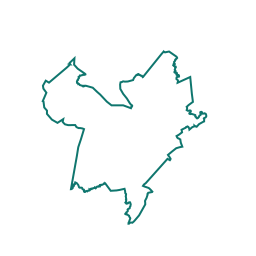 the district of San Luis Acatlán, Guerrero, Mexico, rotated 333°
{"feature_id": "50627088B39564204032097", "entity_name": "San Luis Acatlán", "entity_type": "district", "adm_level": 2, "iso_a3": "MEX", "parent_name": "Mexico", "parent_adm1": "Guerrero", "projection": "mercator", "projection_center": [-98.707, 16.871], "detail": "fine", "context": "isolated", "style": "outline", "palette": "teal", "viewbox_px": 256, "rotation_deg": 333, "n_neighbors": 0, "source": "geoboundaries", "source_scale": "gbopen_adm2", "svg_char_len": 5753}
<svg xmlns="http://www.w3.org/2000/svg" viewBox="0 0 256 256"><g transform="rotate(333 128 128)"><path d="M49.4,156.6L49.9,156.8L50.2,156.8L50.5,156.4L51.3,156.5L52.3,155.3L53.0,155.3L53.5,155.0L53.4,154.8L53.4,154.0L53.7,153.7L54.2,153.6L55.1,153.9L55.3,153.9L55.5,153.3L56.3,152.5L57.3,153.8L57.8,156.2L57.5,158.6L57.7,159.1L58.1,159.4L59.1,159.8L59.8,160.3L59.9,160.7L59.7,161.8L60.1,162.4L60.7,162.9L60.7,163.1L60.5,163.6L60.1,164.1L60.0,164.7L60.1,165.1L60.4,165.4L60.6,165.5L61.7,165.1L62.3,165.2L62.9,166.0L63.4,165.9L63.9,165.7L65.0,166.1L65.3,165.8L65.5,165.9L65.6,165.6L65.8,165.7L65.9,165.4L66.1,165.7L67.0,165.4L67.3,165.6L67.4,165.3L67.8,165.4L67.7,165.5L67.9,165.7L68.1,165.6L68.4,165.9L69.1,165.8L69.6,166.0L70.0,165.9L71.1,166.2L71.4,166.6L71.7,166.0L72.5,166.8L73.6,166.2L74.1,166.4L74.8,166.4L75.2,166.9L75.5,166.6L76.0,166.5L76.6,167.2L77.2,166.6L77.3,166.1L77.7,166.2L78.1,166.4L78.3,166.7L78.8,166.6L79.2,166.9L80.3,166.9L81.5,166.5L81.4,166.9L81.9,167.2L82.6,167.1L84.1,176.1L89.4,178.4L92.2,179.3L97.3,180.6L96.8,182.8L96.0,184.9L96.0,185.2L96.3,185.9L95.9,186.7L94.9,187.9L94.9,188.4L94.4,189.5L94.3,190.1L94.2,190.4L93.7,190.8L93.8,191.3L93.0,192.3L93.0,192.6L91.8,193.3L92.2,194.2L92.1,194.4L92.2,194.7L92.4,194.8L93.1,194.7L93.2,195.0L93.5,195.1L95.3,194.7L96.1,195.2L95.8,197.2L95.4,197.7L94.6,198.8L93.8,199.2L93.0,200.3L91.9,200.3L91.6,200.2L91.0,200.3L90.5,200.6L90.4,201.3L90.0,202.0L88.7,202.4L88.2,202.4L87.7,202.8L86.6,203.2L86.5,203.4L86.7,203.7L87.3,204.3L87.5,204.5L88.0,204.5L88.6,205.9L88.9,206.6L89.1,206.7L88.9,207.9L89.1,209.1L89.0,209.6L87.2,211.2L86.5,212.0L85.8,212.4L85.3,212.9L85.0,213.5L85.5,213.7L85.9,213.4L86.9,213.4L88.0,213.7L88.9,214.4L90.9,213.9L92.2,213.4L98.2,210.9L108.7,203.9L109.7,201.7L110.0,200.8L110.7,200.2L112.7,198.8L115.3,196.2L115.3,195.7L116.6,194.9L120.4,196.0L120.8,195.8L120.3,193.9L119.5,191.4L118.8,190.4L116.0,187.5L115.1,186.4L116.5,185.6L118.8,185.2L149.2,173.4L150.7,175.7L151.1,175.5L151.1,175.3L151.3,175.0L151.6,174.8L151.9,174.8L152.0,174.6L151.8,173.4L151.8,172.2L151.5,171.3L151.4,170.1L156.8,168.9L161.8,167.9L165.0,168.5L167.9,169.3L168.4,165.0L169.4,161.9L169.1,161.6L168.7,160.7L168.1,160.2L167.8,159.7L167.7,159.0L167.5,158.8L167.6,157.2L170.3,157.1L174.2,156.4L174.9,153.9L178.7,153.9L179.4,154.0L180.3,153.5L180.8,153.7L181.0,153.6L181.7,153.6L182.2,154.3L182.3,154.9L182.3,156.4L182.0,157.3L185.8,156.4L187.9,156.7L188.2,156.1L188.3,156.4L188.9,157.0L189.0,157.4L189.8,157.7L189.9,158.0L193.1,156.8L197.9,156.6L198.8,156.7L199.0,156.2L199.8,155.0L199.9,153.9L200.4,153.7L201.2,153.8L201.8,153.8L202.8,153.4L203.2,152.9L203.6,151.7L203.7,151.1L203.6,150.5L202.9,149.7L202.5,149.8L200.8,149.0L200.8,148.6L201.1,148.2L201.1,147.6L200.8,147.0L200.4,146.8L199.7,146.7L199.4,147.0L199.2,147.5L199.2,147.9L199.1,148.5L198.8,149.1L198.6,149.3L197.2,149.4L196.1,150.4L195.6,150.5L195.2,150.8L194.2,150.9L193.8,150.7L193.6,150.0L193.8,149.7L193.7,149.2L193.3,148.8L193.2,148.4L193.3,148.3L193.3,148.0L193.6,147.7L193.8,147.0L191.6,144.8L190.7,144.1L189.8,143.9L189.5,143.6L189.2,143.2L189.2,142.9L189.3,142.7L190.1,142.4L191.0,142.1L191.4,141.9L191.7,141.3L191.6,140.8L191.3,140.6L190.7,140.3L189.3,140.0L188.4,138.7L189.5,137.5L190.0,136.4L189.9,135.8L192.3,135.1L197.7,134.2L200.4,126.6L206.6,110.8L192.7,110.2L192.9,109.9L193.6,109.4L194.0,108.6L194.1,108.1L193.9,107.5L193.6,107.0L193.4,106.3L194.3,104.9L194.6,104.8L195.4,105.0L196.1,105.1L196.6,105.4L197.0,105.1L197.2,104.5L197.2,104.1L197.1,103.7L195.9,103.3L195.4,102.7L195.4,102.3L195.5,102.1L196.2,101.9L196.4,101.7L196.5,101.3L196.5,101.1L195.7,100.8L194.9,100.0L194.7,99.6L194.7,99.2L195.0,99.1L195.4,99.1L195.8,99.3L196.2,99.1L196.3,98.8L196.0,97.8L196.0,97.4L197.0,96.6L197.2,95.9L198.2,95.6L198.3,95.4L198.3,95.1L198.3,94.9L197.6,94.6L197.5,94.1L197.0,93.5L196.8,92.7L197.1,92.6L197.8,92.8L198.5,92.6L198.7,92.2L198.0,91.8L197.8,91.6L198.2,91.2L198.5,91.0L199.0,90.4L199.2,90.2L199.3,89.9L199.8,89.9L200.4,89.5L200.6,89.3L200.7,88.9L200.9,88.7L201.6,88.4L201.8,88.6L202.3,88.3L202.6,88.3L202.7,88.2L203.6,87.9L203.7,87.5L203.5,86.9L203.6,86.5L199.3,78.5L195.3,77.4L195.1,76.9L194.4,76.5L194.4,76.1L191.2,77.4L164.4,89.4L164.2,89.4L164.1,87.8L163.7,87.5L163.4,87.5L163.1,87.1L163.0,86.5L162.2,86.0L161.9,85.7L161.9,85.4L162.0,84.9L161.9,84.7L161.6,84.6L161.0,84.5L160.6,84.9L160.4,85.0L160.0,84.9L159.7,84.6L159.4,84.6L155.9,86.2L154.3,87.6L149.0,86.5L146.3,85.3L144.8,84.2L143.8,84.3L142.1,83.9L140.7,85.7L138.9,89.7L139.2,95.4L140.4,101.2L140.9,107.1L141.0,107.2L141.3,108.8L141.8,109.4L141.8,110.2L141.0,110.8L140.4,110.8L140.3,111.2L139.8,111.5L139.6,111.7L134.0,105.6L123.6,100.3L121.1,94.9L118.4,85.6L116.8,81.6L114.9,76.1L109.5,71.1L108.9,71.0L108.7,70.8L108.2,70.9L107.9,70.7L107.7,70.8L107.2,70.7L107.3,70.4L107.0,70.4L107.0,70.0L106.5,69.8L106.2,69.3L105.9,69.2L105.3,68.5L104.6,67.9L104.4,66.7L104.0,66.0L103.6,66.1L103.6,65.2L103.4,65.1L103.4,64.8L103.1,64.5L103.4,64.0L103.5,63.5L103.9,63.1L104.2,63.0L104.5,62.5L105.2,62.2L105.4,62.3L105.6,61.9L105.9,61.7L106.8,61.4L107.0,61.1L107.0,60.5L107.2,60.0L107.6,60.0L108.2,60.1L108.7,59.6L109.0,59.4L109.4,59.8L110.2,59.8L110.7,60.1L111.0,60.0L112.1,60.1L112.3,60.2L112.5,60.5L112.8,60.7L113.3,60.8L113.6,60.7L114.3,61.0L114.5,60.8L114.2,59.9L110.1,52.3L108.7,47.1L111.9,41.6L105.9,43.4L105.7,43.4L105.5,43.5L105.3,44.0L105.4,44.6L105.1,44.3L104.9,44.3L105.0,44.4L105.0,44.9L104.7,44.8L104.6,45.3L100.7,46.4L78.2,51.7L76.2,48.5L71.4,51.7L70.5,54.5L71.3,59.5L64.2,65.4L64.7,66.1L62.7,71.7L63.7,75.7L62.2,78.6L64.0,86.0L67.5,91.4L74.3,90.7L72.6,92.8L72.8,93.9L73.5,96.1L76.0,98.3L82.3,101.4L82.5,103.8L83.9,105.6L85.3,106.3L87.3,107.8L88.3,109.0L81.2,116.4L75.0,122.5L69.6,129.9L49.4,156.6Z" fill="none" stroke="#0f766e" stroke-width="2"/></g></svg>